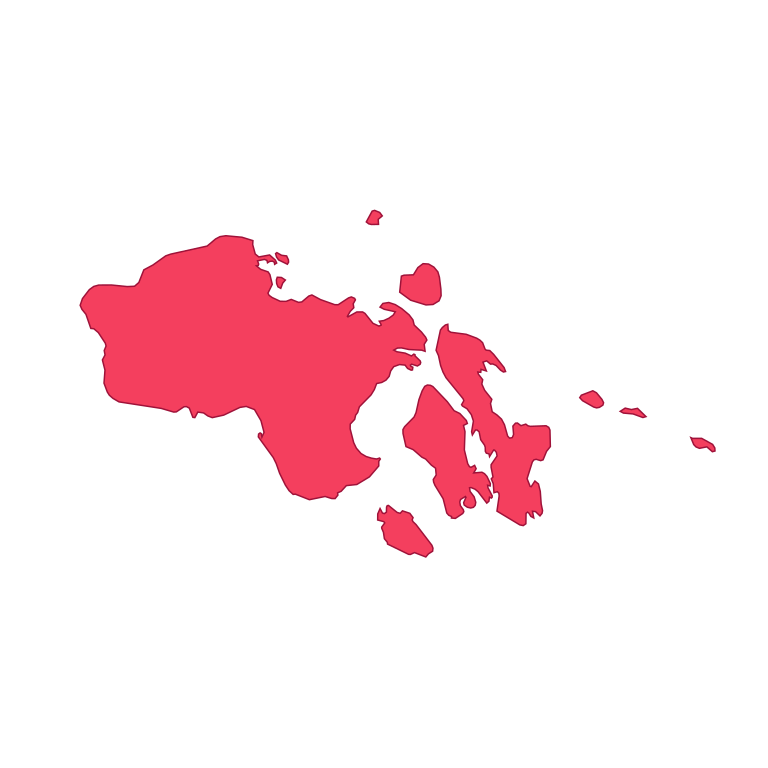 the Province of Sulawesi Tenggara, rotated 323°
{"feature_id": "IDN-556", "entity_name": "Sulawesi Tenggara", "entity_type": "Province", "adm_level": 1, "iso_a3": "IDN", "parent_name": "Indonesia", "parent_adm1": "", "projection": "robinson", "projection_center": [122.493, -4.447], "detail": "fine", "context": "isolated", "style": "filled", "palette": "rose", "viewbox_px": 768, "rotation_deg": 323, "n_neighbors": 0, "source": "natural_earth", "source_scale": "10m", "svg_char_len": 6169}
<svg xmlns="http://www.w3.org/2000/svg" viewBox="0 0 768 768"><g transform="rotate(323 384 384)"><path d="M365.6,190.6L363.0,193.7L359.4,202.7L360.5,207.2L370.3,212.1L371.8,219.6L371.1,222.8L368.7,222.6L369.7,220.7L368.8,218.7L366.5,217.3L363.9,217.1L364.9,214.9L363.6,212.6L357.1,209.5L356.1,212.8L355.0,213.6L353.2,212.8L354.5,218.2L358.9,224.7L358.7,228.0L354.7,237.2L346.0,241.6L345.6,244.0L346.7,247.6L350.9,255.5L355.6,259.1L360.8,260.6L364.9,267.4L367.8,269.0L376.9,268.5L380.0,269.5L384.1,278.4L392.4,291.0L395.1,293.1L407.5,293.9L410.3,294.8L412.1,297.9L411.8,299.6L407.7,301.4L405.8,304.9L400.7,305.7L395.5,307.9L395.6,308.7L405.6,310.1L410.3,313.6L411.3,316.2L411.7,328.9L414.8,334.7L417.1,335.3L417.5,334.8L418.0,331.0L422.0,333.2L427.5,334.4L432.9,334.5L436.5,333.1L429.1,324.4L427.1,320.2L431.6,319.0L436.9,321.8L440.8,327.4L443.5,334.4L445.7,343.9L445.7,350.2L443.6,355.1L445.2,365.0L445.4,371.7L444.7,374.7L440.0,376.5L436.5,382.6L434.4,379.6L424.7,371.5L419.7,365.7L416.4,363.4L412.2,362.8L413.7,366.0L419.5,372.1L422.8,378.1L425.8,378.1L426.4,379.2L425.7,380.3L426.8,387.4L426.2,389.0L424.7,390.0L421.5,389.7L418.0,384.8L416.4,384.8L416.1,385.8L417.1,388.0L415.2,389.9L414.0,389.3L412.2,385.8L412.2,381.6L408.1,377.8L402.2,376.0L397.2,377.6L392.7,381.0L387.9,382.1L383.1,381.4L378.4,379.2L373.0,382.6L367.1,384.9L350.6,387.4L345.8,390.9L342.6,391.8L339.3,394.6L332.9,395.7L330.0,399.4L324.5,412.6L323.3,418.6L323.8,425.7L326.1,431.2L329.4,435.7L332.9,439.4L335.9,440.5L335.9,441.7L333.3,442.6L330.5,446.3L316.5,449.4L301.8,447.9L292.8,442.5L285.2,443.9L281.4,443.0L280.3,445.0L276.0,446.1L273.3,444.0L269.3,438.4L254.8,431.5L246.9,418.6L245.0,417.5L244.0,412.1L244.4,405.4L246.9,392.5L250.0,382.8L251.3,376.1L251.8,350.6L253.7,348.5L255.6,348.5L256.1,349.7L254.6,352.9L259.1,350.4L263.7,339.2L265.2,326.5L260.5,319.0L254.9,316.0L237.3,312.4L226.6,307.5L224.1,303.5L222.5,298.5L218.4,294.4L212.7,297.0L211.3,295.6L214.0,286.1L212.6,283.1L210.5,281.8L201.4,281.3L199.2,279.9L191.4,269.4L161.6,238.8L158.9,232.4L157.9,227.7L158.2,223.9L160.9,214.8L169.5,205.0L173.6,195.3L178.7,192.9L180.7,188.9L184.9,186.4L186.0,183.6L186.8,171.0L185.5,165.2L183.3,163.2L187.9,149.0L187.7,142.5L188.7,138.3L194.6,134.3L205.5,131.3L210.9,131.4L215.7,133.3L225.9,140.9L237.6,151.7L243.6,155.8L249.3,155.4L260.9,148.3L271.1,149.9L286.8,150.3L291.8,151.9L325.8,167.4L336.8,166.8L341.7,167.6L346.9,170.4L358.9,181.3L365.6,190.6ZM475.4,505.9L488.3,514.9L489.5,517.8L488.8,520.7L479.2,534.1L473.3,535.6L465.4,540.3L463.0,539.5L460.2,535.7L458.1,534.8L455.6,535.5L441.3,545.7L439.1,553.7L439.8,554.6L446.1,552.3L447.2,556.8L444.2,563.8L437.4,574.3L434.4,580.6L432.4,582.4L429.2,583.2L428.2,577.1L426.0,575.0L423.0,581.1L421.6,578.1L422.0,574.3L421.5,572.7L419.6,572.8L413.2,581.0L410.0,580.9L407.7,578.3L397.7,553.5L408.6,542.7L410.0,540.4L409.7,538.2L406.4,537.0L411.3,529.3L412.6,524.3L415.1,523.8L419.4,515.0L421.0,512.9L431.0,509.5L432.6,506.2L432.5,503.3L431.8,502.7L424.6,505.5L425.8,503.0L424.1,500.8L424.4,498.8L426.8,495.4L427.5,493.2L427.7,486.7L431.2,479.4L430.6,476.7L429.3,475.8L423.9,477.9L425.2,474.9L433.1,467.4L435.3,461.1L435.4,453.7L433.4,448.8L433.5,447.2L437.7,445.4L438.3,443.3L437.3,416.3L438.3,410.0L440.3,403.4L444.6,394.1L445.9,388.4L461.5,374.9L464.6,374.0L468.5,373.8L470.9,374.7L467.5,379.9L468.4,382.8L479.6,393.8L485.6,403.2L487.0,406.7L487.6,410.4L485.7,416.9L486.0,418.5L488.6,420.9L489.4,426.3L489.8,443.1L488.6,447.2L486.6,446.3L485.4,443.1L484.7,436.7L482.9,433.4L481.0,432.2L479.9,427.3L476.2,426.1L473.6,435.2L470.3,430.7L468.3,432.9L466.1,430.9L465.3,432.9L465.4,440.0L462.1,442.9L460.6,449.6L460.9,461.1L457.3,463.7L453.7,471.3L455.6,476.7L456.7,482.8L455.7,489.0L451.4,500.0L451.7,502.8L454.2,504.0L457.1,502.3L461.6,495.2L465.4,494.4L467.1,495.5L468.3,499.7L473.1,501.4L473.8,504.0L475.4,505.9ZM426.8,453.2L427.8,462.7L426.8,465.7L422.6,464.9L420.0,470.8L408.5,485.0L402.9,498.0L402.5,501.4L403.3,502.9L407.4,503.5L406.6,507.1L402.1,509.0L409.1,513.4L410.3,516.1L410.6,519.8L409.0,527.6L407.4,529.3L405.8,527.2L404.6,529.4L403.1,538.5L402.1,539.6L401.1,539.7L400.1,537.9L397.2,540.8L394.4,541.0L394.3,526.6L393.4,522.8L391.2,519.1L389.9,518.3L388.1,521.6L388.1,528.3L386.1,533.7L383.8,535.8L381.2,536.3L378.6,535.2L376.4,532.6L375.2,528.9L376.2,526.7L381.3,523.8L381.3,522.8L375.6,522.3L373.5,523.8L371.8,527.1L371.7,532.1L370.9,534.0L369.0,534.8L360.1,534.3L357.2,531.6L358.2,530.5L356.7,527.8L356.5,524.8L362.2,511.2L363.7,495.6L364.6,492.2L365.9,489.9L370.9,488.1L374.5,482.3L373.0,477.3L372.1,469.0L370.2,465.2L367.8,454.0L363.9,447.2L369.4,435.0L371.7,431.8L374.8,430.5L388.1,428.5L392.4,426.1L402.5,417.5L410.4,412.4L415.1,410.4L418.0,410.9L420.3,413.0L421.5,415.5L423.9,436.2L423.9,447.5L426.8,453.2ZM326.8,502.8L326.8,508.2L324.8,509.4L324.3,511.2L325.0,515.6L325.2,541.6L324.3,544.6L322.2,546.8L317.3,546.4L313.3,547.3L306.9,537.0L302.5,536.0L301.1,534.8L290.5,514.0L291.4,512.4L291.2,507.8L294.3,502.1L295.3,498.0L296.0,496.9L301.0,495.4L301.0,493.8L297.1,488.8L300.8,484.0L305.9,481.1L305.1,486.1L306.3,487.7L308.8,487.8L312.0,483.8L313.4,483.1L314.5,483.7L317.2,494.5L319.1,497.0L322.4,496.4L326.8,502.8ZM487.6,311.4L491.8,315.0L494.2,320.7L494.5,326.9L492.5,332.1L486.5,342.5L482.7,347.9L478.0,350.7L471.0,350.0L465.1,346.1L455.7,333.1L451.8,320.1L462.8,308.3L465.4,309.1L473.2,314.5L481.1,311.4L487.6,311.4ZM534.9,511.7L546.7,515.1L548.4,518.9L548.8,527.4L548.1,531.1L546.1,532.6L542.0,532.3L539.4,531.0L537.6,528.6L532.5,516.8L532.1,512.7L534.9,511.7ZM605.0,618.6L610.1,630.0L609.7,634.2L608.0,636.7L605.5,635.7L604.0,628.5L597.2,625.2L595.3,622.0L594.9,618.8L596.8,611.5L597.7,613.1L605.0,618.6ZM483.8,244.4L483.8,248.7L478.5,249.0L475.7,253.2L469.9,249.0L468.2,246.9L467.4,243.9L478.6,238.8L481.0,239.7L483.8,244.4ZM566.2,553.3L571.8,556.0L573.6,567.7L570.6,566.6L564.9,557.8L557.7,551.3L556.2,548.0L562.1,548.4L566.2,553.3ZM379.7,219.6L383.3,223.1L382.4,227.3L381.1,229.3L378.9,230.2L374.5,221.5L374.6,217.9L375.9,214.6L377.5,214.6L379.7,219.6ZM363.0,234.5L366.2,237.2L367.8,241.6L363.8,242.5L359.1,245.5L357.8,242.6L358.7,239.2L360.7,236.1L363.0,234.5Z" fill="#f43f5e" stroke="#9f1239" stroke-width="1.5"/></g></svg>